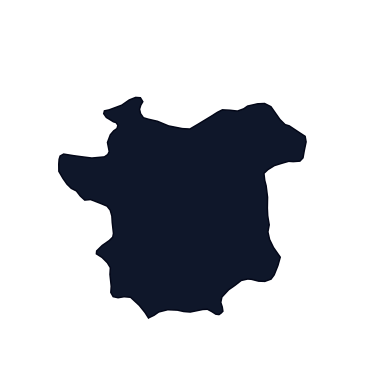 the border of Radoviš, rotated 145°
{"feature_id": "MKD-2905", "entity_name": "Radoviš", "entity_type": "Statistical Region", "adm_level": 1, "iso_a3": "MKD", "parent_name": "North Macedonia", "parent_adm1": "", "projection": "natural_earth1", "projection_center": [22.489, 41.639], "detail": "fine", "context": "isolated", "style": "filled", "palette": "ink", "viewbox_px": 384, "rotation_deg": 145, "n_neighbors": 0, "source": "natural_earth", "source_scale": "10m", "svg_char_len": 1772}
<svg xmlns="http://www.w3.org/2000/svg" viewBox="0 0 384 384"><g transform="rotate(145 192 192)"><path d="M144.9,126.5L147.6,120.8L152.7,115.8L155.7,108.6L157.1,99.8L157.1,88.0L163.8,82.5L172.2,77.0L176.7,75.5L177.2,75.3L183.6,77.0L188.6,80.8L193.3,86.3L196.3,88.8L202.4,91.3L210.4,90.9L218.1,90.9L227.8,88.8L231.8,85.0L233.2,80.4L235.1,76.6L237.8,76.1L240.2,76.1L242.6,78.3L244.3,82.5L246.6,87.1L250.6,89.6L256.6,92.2L262.3,94.7L267.4,98.9L271.7,103.6L279.4,109.5L288.1,112.8L293.8,112.8L299.2,113.7L299.9,113.7L299.6,120.2L300.2,129.4L302.7,141.0L307.7,145.2L313.2,147.8L316.6,151.5L316.1,156.3L312.3,161.0L306.5,171.5L302.3,176.8L301.9,182.6L303.2,190.0L305.8,196.2L303.9,198.4L296.2,199.7L287.5,199.7L282.8,200.5L280.1,203.1L274.8,212.8L271.4,218.3L269.4,224.1L269.7,229.2L273.7,235.5L279.4,244.0L284.5,246.9L285.8,252.8L286.1,259.2L288.8,264.2L289.9,270.1L289.9,276.9L289.2,285.3L285.2,291.2L282.1,295.0L279.4,297.1L275.4,296.7L268.4,289.9L262.0,284.0L254.6,277.3L243.6,271.0L239.5,271.0L236.6,272.6L232.8,281.1L226.1,285.7L221.1,287.0L217.1,287.0L214.4,289.1L214.4,292.5L216.1,294.6L217.7,298.4L219.4,302.2L219.4,306.8L217.2,308.7L212.7,306.8L199.7,303.4L190.6,303.4L183.9,301.8L180.2,298.8L180.5,294.2L184.2,292.5L187.5,289.9L189.2,285.7L189.2,280.7L186.2,276.9L179.7,269.7L173.3,259.6L163.6,249.5L157.6,244.8L147.5,244.0L133.7,243.1L125.4,242.7L120.0,241.9L114.0,237.2L108.3,232.2L101.9,230.5L97.2,230.5L90.1,227.6L87.8,226.7L81.8,222.9L78.4,216.6L78.4,210.2L78.4,201.0L77.1,193.8L74.4,190.4L70.1,179.4L67.4,172.7L69.8,167.6L76.5,161.3L81.5,156.3L85.9,155.4L91.6,158.8L95.2,161.7L101.6,163.9L109.4,166.4L117.0,166.8L122.4,166.0L125.8,159.7L127.7,154.6L133.1,144.4L139.5,135.6L143.5,129.3L144.9,126.5Z" fill="#0f172a" stroke="#020617" stroke-width="1.5"/></g></svg>